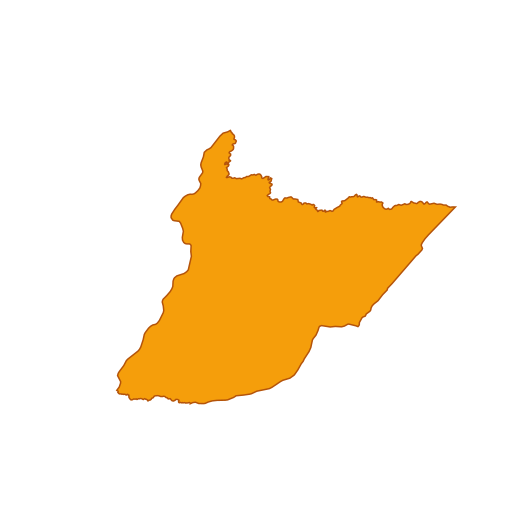 Caia, Sofala, Mozambique, rotated 235°
{"feature_id": "85939544B71313946873981", "entity_name": "Caia", "entity_type": "district", "adm_level": 2, "iso_a3": "MOZ", "parent_name": "Mozambique", "parent_adm1": "Sofala", "projection": "equal_earth", "projection_center": [34.995, -17.8], "detail": "fine", "context": "isolated", "style": "filled", "palette": "amber", "viewbox_px": 512, "rotation_deg": 235, "n_neighbors": 0, "source": "geoboundaries", "source_scale": "gbopen_adm2", "svg_char_len": 6112}
<svg xmlns="http://www.w3.org/2000/svg" viewBox="0 0 512 512"><g transform="rotate(235 256 256)"><path d="M225.8,64.9L224.4,65.5L223.9,65.3L223.5,64.6L221.9,64.8L221.2,65.2L220.4,66.4L219.6,66.9L219.2,67.8L218.6,68.1L218.0,69.3L216.6,69.9L216.4,70.6L216.5,71.1L216.3,71.5L215.6,71.5L215.0,72.0L212.9,70.8L210.7,70.8L209.8,71.1L209.2,72.2L209.0,73.8L208.0,74.9L207.6,76.0L206.8,76.2L206.7,76.4L206.5,77.9L205.8,78.7L205.7,79.4L204.7,80.5L203.1,81.3L203.0,83.0L201.9,83.5L201.5,84.0L200.1,84.5L199.4,84.3L199.2,84.6L199.2,85.8L198.7,86.7L198.7,87.8L199.2,88.8L198.9,90.7L199.5,92.0L199.3,93.2L198.0,95.4L196.9,96.5L195.7,97.2L194.6,98.6L194.1,99.9L193.1,100.8L191.5,101.2L190.7,102.0L189.3,102.1L188.3,103.9L185.9,104.1L184.9,104.8L184.4,105.5L184.4,106.4L184.2,106.9L184.5,107.9L184.4,108.3L183.4,109.5L182.2,110.1L181.8,110.0L181.0,108.9L180.3,108.8L179.8,109.0L179.5,110.0L178.5,110.7L178.0,111.8L177.6,111.9L176.8,113.5L176.0,113.9L174.7,116.0L174.2,117.4L173.0,117.8L172.7,117.5L172.2,120.1L171.0,122.5L168.0,124.5L165.1,128.5L164.4,129.9L163.8,133.1L162.4,137.1L160.1,141.3L155.5,148.2L154.4,150.3L153.0,156.5L152.9,158.9L153.0,159.4L149.1,166.3L146.4,171.7L145.8,173.3L144.8,179.1L139.7,190.9L139.3,193.7L139.1,204.3L138.8,206.7L136.5,213.7L136.6,219.2L138.7,224.9L141.8,231.3L142.7,234.2L144.1,236.6L147.3,244.6L149.6,248.4L154.9,254.1L155.6,255.7L156.8,259.8L159.3,263.9L161.5,266.7L161.9,267.8L161.4,269.8L155.3,276.1L152.8,280.6L148.9,285.5L147.9,288.2L147.5,292.0L147.0,293.0L141.4,297.9L139.7,299.0L140.0,300.4L140.6,301.3L142.2,302.5L144.6,307.4L144.7,308.4L144.1,311.1L145.3,313.1L145.4,317.6L145.9,318.9L147.5,320.6L148.6,322.7L149.1,325.2L149.4,330.3L151.7,337.6L152.9,343.9L154.1,345.3L155.4,351.8L164.4,387.2L164.5,389.6L165.8,395.3L166.7,396.7L169.6,397.3L170.5,398.0L171.6,400.0L173.2,404.3L174.4,409.3L181.8,447.4L183.4,445.2L184.8,442.7L185.7,442.4L186.6,441.6L188.6,441.0L190.2,438.8L191.6,437.9L193.0,436.5L194.5,433.9L197.1,432.1L198.9,427.8L200.0,427.4L202.1,427.2L202.4,426.5L202.0,424.4L202.1,423.4L205.1,423.0L206.2,422.3L206.7,421.5L206.9,419.6L206.6,418.4L206.8,417.7L209.1,415.6L211.5,414.6L211.7,414.1L211.0,413.0L210.8,412.0L211.1,410.2L212.2,408.4L213.4,407.9L214.3,404.0L216.3,402.5L216.6,400.6L217.0,399.6L217.4,399.3L217.6,398.3L217.3,395.8L216.8,394.6L216.8,393.6L217.6,392.1L219.2,391.7L219.2,390.8L219.7,389.3L221.1,388.4L223.4,388.0L225.2,388.5L225.8,388.9L226.6,390.3L228.2,389.8L229.1,388.4L230.5,387.2L230.7,386.3L231.1,385.8L232.7,386.9L233.4,386.5L234.7,384.8L236.7,384.8L237.0,384.6L237.1,383.7L238.2,383.2L239.0,382.0L240.3,381.0L241.0,379.8L242.7,378.7L243.1,378.2L243.5,376.5L243.9,375.9L245.6,375.5L246.0,375.1L246.1,373.2L246.4,373.0L248.2,373.8L248.9,373.6L249.0,372.3L248.6,370.8L248.6,370.1L249.8,368.1L250.1,367.2L251.0,366.4L250.6,364.6L250.4,360.8L250.8,359.5L251.7,358.1L251.3,357.1L250.1,356.9L249.6,356.5L249.3,354.2L248.8,353.1L249.2,350.2L249.4,346.8L248.7,344.7L249.0,343.8L250.2,343.2L250.8,342.6L251.2,340.5L252.0,339.6L252.0,338.3L252.3,338.1L253.4,338.9L254.0,338.8L254.1,338.3L253.8,337.2L254.5,336.3L255.6,336.4L255.9,336.1L257.2,333.7L256.8,332.7L257.1,332.1L258.3,332.4L259.8,331.8L260.5,332.2L260.8,333.3L261.1,333.1L261.5,331.9L262.5,331.7L263.7,333.0L265.0,332.8L265.5,332.3L265.5,331.3L267.0,330.5L268.7,329.2L269.5,327.5L270.4,327.4L271.3,326.7L271.8,325.5L271.4,324.6L271.6,323.4L271.9,323.2L273.5,323.4L276.0,321.7L278.3,322.6L280.3,320.7L281.3,319.3L284.0,318.8L284.4,318.5L285.4,316.1L285.7,314.6L287.0,313.0L286.9,312.0L285.6,309.0L285.8,307.5L286.8,306.2L287.3,305.8L288.6,305.5L289.5,306.1L290.6,305.9L291.5,304.5L292.1,301.9L292.8,301.2L293.9,301.1L295.2,300.3L296.7,301.1L297.9,299.8L299.0,299.8L299.3,301.0L299.2,303.5L299.5,304.2L300.9,304.5L302.3,306.1L304.1,306.3L304.9,307.9L304.7,308.7L305.1,310.0L305.9,310.3L307.9,308.9L308.5,308.9L308.8,309.4L308.5,310.1L308.6,311.2L310.4,313.3L311.7,312.6L311.0,311.1L311.2,309.7L311.6,309.6L312.6,310.5L313.2,311.7L313.7,312.0L315.4,309.8L315.5,306.4L316.0,305.7L316.8,305.6L317.8,306.2L319.6,306.4L320.9,306.1L321.6,305.3L322.1,304.1L322.2,302.2L323.8,301.4L324.2,299.9L325.2,298.7L325.3,296.0L325.7,295.0L326.5,293.9L326.4,292.3L327.1,291.0L327.4,288.5L328.9,287.4L330.6,284.3L332.3,283.4L332.7,282.0L333.5,280.9L334.9,280.7L336.1,279.7L336.8,277.4L337.0,277.0L337.4,276.9L337.9,278.3L338.1,280.1L338.6,281.0L340.8,281.6L342.5,281.4L343.7,282.2L345.3,282.5L345.5,285.0L345.9,285.7L346.6,286.3L346.9,286.3L347.4,285.2L348.4,284.6L348.6,283.4L348.7,283.0L349.2,283.0L350.0,284.2L350.0,285.5L349.8,285.9L348.6,285.6L348.1,286.0L348.4,287.3L348.5,289.6L348.7,289.8L349.2,289.7L349.4,289.2L349.9,288.9L350.5,289.4L351.6,289.7L352.4,290.4L352.9,292.8L354.0,293.7L355.6,293.1L356.2,293.4L356.5,294.4L356.2,295.6L356.2,297.5L356.5,298.7L357.2,299.5L358.6,300.5L359.5,300.6L360.4,300.2L360.8,300.5L360.9,301.6L360.2,303.3L360.3,304.0L361.5,305.8L362.8,305.8L364.1,305.0L364.6,305.1L365.7,306.6L366.8,307.2L368.4,307.3L369.6,306.8L370.8,307.0L372.2,306.7L372.7,307.0L373.6,307.0L373.9,304.1L375.5,299.5L374.9,295.3L370.6,281.3L370.7,278.7L371.1,276.7L370.6,273.1L367.4,269.8L363.8,264.5L362.3,263.0L360.3,262.1L356.0,261.1L354.8,260.0L352.9,254.6L351.8,253.3L350.5,252.8L347.0,252.3L345.4,250.9L344.0,249.2L342.9,246.0L342.4,242.5L342.5,240.7L343.2,239.0L344.4,237.5L345.3,235.2L345.6,232.3L345.5,230.0L342.3,220.9L340.9,216.4L338.7,211.0L337.5,209.4L336.0,208.4L333.0,208.4L331.9,209.2L328.4,213.0L326.2,213.1L320.7,211.8L317.9,210.7L313.5,206.3L311.1,204.9L308.5,204.6L306.9,205.1L305.9,205.9L303.9,208.6L302.8,208.9L301.7,208.8L297.1,205.2L292.8,202.9L283.5,192.6L282.9,190.2L282.9,187.0L285.1,179.8L284.9,176.8L284.4,175.6L283.0,173.7L278.8,170.4L277.4,168.3L276.1,165.4L274.8,160.4L273.9,155.3L273.2,154.0L272.1,152.8L268.3,151.4L264.3,149.2L262.8,147.6L258.6,139.9L257.6,136.7L257.6,135.5L257.6,134.6L258.7,131.9L258.9,129.3L258.5,126.6L256.8,121.4L255.8,119.5L252.0,115.4L247.6,109.5L246.4,107.1L245.8,104.9L245.1,92.1L244.7,89.9L242.1,84.9L239.7,77.6L238.9,75.8L237.4,74.0L230.8,73.1L229.5,72.1L227.1,68.8L225.8,64.9Z" fill="#f59e0b" stroke="#b45309" stroke-width="1.5"/></g></svg>